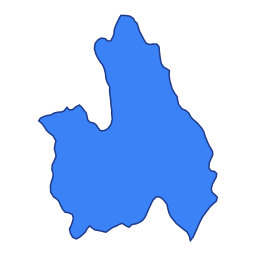 Lontra, Minas Gerais, Brazil
{"feature_id": "56859067B10787235242690", "entity_name": "Lontra", "entity_type": "district", "adm_level": 2, "iso_a3": "BRA", "parent_name": "Brazil", "parent_adm1": "Minas Gerais", "projection": "equal_earth", "projection_center": [-44.273, -15.841], "detail": "fine", "context": "isolated", "style": "filled", "palette": "blue", "viewbox_px": 256, "rotation_deg": 0, "n_neighbors": 0, "source": "geoboundaries", "source_scale": "gbopen_adm2", "svg_char_len": 2423}
<svg xmlns="http://www.w3.org/2000/svg" viewBox="0 0 256 256"><path d="M125.1,15.5L120.9,15.4L119.3,18.1L117.3,22.1L115.5,26.1L114.3,29.6L114.0,33.5L112.9,36.9L110.8,40.7L107.8,41.2L105.1,38.6L101.1,38.1L97.9,39.9L95.1,43.5L94.4,48.6L95.8,53.8L97.6,57.6L100.3,62.0L102.5,64.7L104.0,67.9L105.4,73.1L105.9,78.2L107.2,82.4L109.6,86.6L109.7,92.9L110.4,97.5L110.8,102.1L111.1,106.4L111.8,110.1L111.7,113.9L112.3,119.1L111.0,124.4L107.9,128.6L104.4,130.5L100.6,130.8L98.0,127.8L95.9,124.6L93.6,123.0L90.3,122.4L87.8,120.1L87.1,116.8L86.3,113.0L84.1,110.4L82.2,107.7L79.4,105.0L75.6,107.0L72.5,109.7L69.3,109.9L66.9,107.3L64.2,110.8L61.2,112.1L58.4,112.1L54.2,113.0L51.0,115.0L48.0,115.3L44.4,116.3L40.5,118.1L38.7,120.8L42.0,123.7L44.4,126.8L46.3,130.1L48.9,132.7L53.0,135.7L55.9,140.8L54.8,145.7L54.4,149.1L55.3,152.3L56.1,156.3L54.3,160.5L52.3,164.7L51.9,169.8L53.2,173.4L52.8,177.6L51.6,181.0L50.4,185.7L50.7,192.3L53.8,197.1L56.9,199.1L59.1,201.6L60.5,205.1L62.2,208.6L64.9,212.1L68.8,212.8L72.2,214.4L73.4,218.0L72.3,222.4L71.0,225.9L69.5,228.9L70.5,233.5L72.7,237.3L76.3,238.9L79.9,237.0L82.9,234.3L85.3,232.1L87.2,228.6L89.7,225.9L91.8,227.7L94.8,229.9L99.1,230.6L102.9,231.5L106.0,232.2L109.0,230.0L112.9,227.3L116.4,226.0L119.0,224.5L122.3,223.3L125.4,225.5L129.0,227.2L132.3,224.4L136.1,223.8L139.6,222.3L142.5,220.4L144.9,217.5L147.2,212.5L149.0,208.2L150.6,204.9L152.9,200.2L156.3,196.9L159.5,196.9L162.1,198.5L164.4,200.9L167.0,204.4L167.8,208.4L169.0,212.9L170.9,216.8L173.4,219.9L176.5,223.7L179.7,226.2L182.4,228.4L184.7,230.2L187.0,231.9L189.3,236.0L190.4,240.6L193.1,237.2L194.8,233.5L196.5,229.7L198.3,225.5L200.4,220.9L202.6,216.7L204.8,213.8L207.3,210.4L210.1,206.7L213.0,204.0L216.3,201.1L217.3,197.2L214.7,194.5L212.2,192.5L211.2,188.7L212.5,184.0L214.6,180.0L216.2,177.1L216.7,173.5L214.4,171.4L211.0,170.9L208.8,167.8L209.4,162.5L211.2,158.3L212.8,154.7L212.4,151.2L210.9,148.5L208.7,144.9L206.8,140.3L205.3,136.8L203.9,132.1L202.0,128.5L199.9,126.1L197.7,123.5L195.6,121.5L193.1,119.5L190.6,116.6L189.0,113.4L186.1,110.6L181.9,108.8L178.7,104.6L177.6,100.2L177.1,96.6L174.6,93.3L172.2,88.9L171.0,84.9L169.7,80.2L169.1,74.9L169.4,70.5L166.8,68.9L163.4,66.9L161.1,63.1L160.0,56.7L159.4,51.3L159.0,46.7L156.9,44.1L153.1,44.0L149.7,44.5L146.2,43.3L143.9,39.6L141.4,34.9L139.3,30.8L138.3,27.1L136.9,23.2L134.8,21.3L133.4,18.5L130.0,16.2L125.1,15.5Z" fill="#3b82f6" stroke="#1e3a8a" stroke-width="1.5"/></svg>